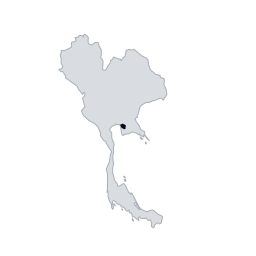 Ban Bueng, Chon Buri, Thailand (highlighted), rotated 343°
{"feature_id": "78962969B10446742029293", "entity_name": "Ban Bueng", "entity_type": "district", "adm_level": 2, "iso_a3": "THA", "parent_name": "Thailand", "parent_adm1": "Chon Buri", "projection": "natural_earth1", "projection_center": [101.2, 13.24], "detail": "fine", "context": "in_parent", "style": "filled", "palette": "ink", "viewbox_px": 256, "rotation_deg": 343, "n_neighbors": 0, "source": "geoboundaries", "source_scale": "gbopen_adm2", "svg_char_len": 4495}
<svg xmlns="http://www.w3.org/2000/svg" viewBox="0 0 256 256"><g transform="rotate(343 128 128)"><path d="M111.6,26.7L111.8,27.7L112.7,26.3L113.9,25.7L116.2,28.6L116.5,29.8L114.8,34.5L115.1,36.0L116.2,37.3L117.5,38.1L118.9,37.8L121.5,36.5L124.4,37.4L124.2,40.5L125.3,45.3L123.8,50.3L122.4,52.8L123.5,55.0L123.6,57.0L120.8,64.8L121.4,65.4L123.1,66.2L123.9,65.9L126.8,62.9L130.0,60.5L131.0,58.5L133.1,57.8L134.9,56.0L139.1,59.2L140.2,59.4L140.8,60.0L141.0,61.3L141.5,61.5L143.2,59.7L146.1,58.6L147.3,55.9L148.6,55.1L148.5,53.8L148.9,53.3L151.3,53.1L154.9,54.5L156.1,54.8L156.7,54.5L162.4,63.2L166.1,66.5L167.0,68.7L166.2,74.5L166.3,77.8L167.1,80.3L168.7,82.1L169.8,84.6L174.1,87.0L173.7,87.6L174.0,89.2L176.7,91.0L176.9,91.6L176.6,93.9L175.4,95.7L175.1,97.2L175.2,99.0L175.8,101.7L175.0,107.3L173.4,108.8L171.4,110.0L170.3,111.5L169.4,111.1L169.0,109.5L166.8,108.7L162.4,109.5L160.2,109.1L157.3,109.7L154.4,109.4L152.8,108.8L148.0,110.0L146.0,111.1L144.6,112.7L142.4,116.8L140.2,119.4L140.3,120.4L137.6,121.0L137.7,124.5L139.3,128.3L139.7,133.1L142.8,136.5L142.2,138.9L142.6,141.2L144.9,146.5L143.2,144.0L142.9,142.3L140.9,139.6L140.2,140.9L137.9,138.9L136.9,137.0L136.5,137.8L134.2,135.1L131.8,133.6L130.5,132.9L127.2,133.8L122.9,133.1L121.3,133.8L120.7,133.4L120.2,132.5L121.4,122.5L117.8,121.3L117.1,120.6L116.4,121.4L112.8,121.8L110.2,123.6L109.9,125.2L111.0,127.9L109.5,132.9L110.0,137.5L109.8,140.1L108.0,143.3L107.6,145.9L105.5,149.9L104.1,155.0L103.8,157.9L101.4,162.3L100.8,164.9L100.0,165.8L100.3,167.8L99.9,173.9L101.4,178.4L101.0,180.5L102.7,181.2L106.6,179.8L107.9,180.1L108.8,182.6L109.8,189.8L111.4,192.1L111.9,191.0L112.6,192.1L113.2,194.3L115.3,205.8L116.4,208.8L115.1,208.0L114.4,204.4L113.3,204.3L113.7,202.0L113.0,201.2L111.8,201.8L111.8,203.6L115.0,209.3L116.9,209.5L119.4,212.0L122.1,213.8L125.5,213.2L127.8,213.8L129.2,215.3L131.4,219.2L135.0,222.4L134.5,224.5L133.1,226.1L132.3,228.2L131.3,228.9L130.0,228.9L128.5,227.1L124.9,228.7L124.1,230.4L123.2,230.8L121.6,229.0L121.8,227.9L122.8,226.4L122.5,222.4L120.3,222.4L118.9,219.4L118.5,219.1L117.4,219.6L114.0,218.2L113.0,216.3L112.0,216.5L111.3,219.7L108.3,215.4L106.3,213.6L106.5,210.4L105.1,209.8L104.5,208.9L105.1,207.0L103.1,207.3L102.2,206.7L101.1,203.3L100.1,201.9L98.9,201.9L98.4,201.3L98.5,199.6L95.4,197.2L94.4,194.5L92.9,193.2L92.0,193.6L91.0,195.6L90.3,195.4L89.6,194.9L88.8,192.2L88.9,187.4L89.9,184.6L90.5,180.1L91.9,176.3L95.0,165.4L95.1,161.1L100.3,154.9L103.7,147.8L104.9,146.8L105.4,145.5L103.6,139.8L102.7,135.9L102.9,134.8L100.7,132.2L100.1,129.1L99.5,128.1L99.4,127.1L100.2,125.3L99.7,118.6L97.3,113.9L93.0,109.6L89.2,103.3L88.7,101.1L88.5,97.9L91.7,95.8L92.9,95.6L93.3,86.1L96.0,84.3L96.6,83.5L96.9,81.9L96.2,81.0L94.5,82.6L94.2,82.2L92.0,76.6L91.6,73.2L83.0,61.8L83.4,59.9L82.1,54.9L80.8,54.8L80.0,53.9L79.1,51.7L80.8,52.0L83.5,50.8L83.0,46.0L84.2,43.2L84.4,38.6L86.5,35.9L86.7,34.6L87.9,34.4L89.4,35.4L90.9,35.4L97.4,34.2L98.2,33.0L98.6,30.5L99.2,29.7L100.7,29.5L102.3,30.0L104.1,29.0L103.8,26.0L106.8,26.5L108.8,25.2L111.6,26.7ZM91.2,196.8L90.7,200.4L89.5,201.1L89.1,199.1L89.8,195.7L90.2,196.5L91.2,196.8ZM110.8,176.0L110.6,177.7L109.5,178.3L109.2,176.4L110.8,176.0ZM137.6,140.5L138.9,142.9L137.4,142.7L137.1,140.3L137.6,140.5ZM105.9,218.5L105.2,217.5L105.7,215.9L106.3,217.9L105.9,218.5ZM93.2,197.2L92.9,199.2L92.3,196.5L93.2,197.2ZM110.8,174.5L110.2,174.3L109.7,173.1L110.4,173.1L110.8,174.5ZM98.5,203.1L99.2,205.4L98.4,204.3L98.5,203.1ZM141.0,146.9L140.8,148.4L140.1,147.8L140.6,146.7L141.0,146.9ZM89.7,183.0L89.0,183.6L89.6,182.2L89.7,183.0Z" fill="#d9dde1" stroke="#a8b0b8" stroke-width="1"/><path d="M123.5,123.3L123.4,123.3L123.4,123.5L123.2,123.5L123.3,123.4L123.2,123.3L122.9,123.2L122.9,123.3L122.9,123.2L122.7,123.2L122.5,123.3L122.6,123.5L122.4,123.5L122.5,123.7L122.6,123.8L122.6,124.0L122.7,124.3L122.7,124.5L122.5,124.8L122.6,125.0L122.6,125.3L122.6,125.5L122.8,125.5L122.7,125.6L122.8,125.8L122.9,126.0L123.0,126.0L123.3,126.0L123.5,126.2L123.6,126.3L123.6,126.5L123.8,126.7L123.8,126.8L124.0,126.9L124.1,127.0L124.3,127.2L124.3,127.3L124.9,127.2L124.8,126.9L124.8,126.7L124.9,126.4L124.8,126.2L125.1,126.2L125.3,126.1L125.5,125.9L125.6,125.7L125.4,125.7L125.5,125.5L125.5,125.4L125.6,125.2L125.6,124.9L125.6,124.7L125.5,124.4L125.4,124.4L125.3,124.2L125.2,124.2L124.9,124.1L124.7,124.0L124.7,123.9L124.4,123.8L124.3,123.7L124.2,123.7L124.1,123.4L124.0,123.5L123.9,123.4L123.6,123.3L123.5,123.5L123.5,123.4L123.5,123.3Z" fill="#0f172a" stroke="#020617" stroke-width="1.5"/></g></svg>